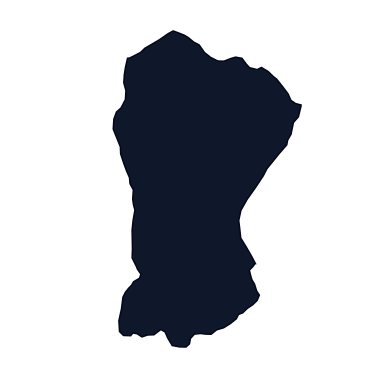 outline of Ånge, Västernorrland, Sweden, rotated 281°
{"feature_id": "70781695B50013402635272", "entity_name": "Ånge", "entity_type": "district", "adm_level": 2, "iso_a3": "SWE", "parent_name": "Sweden", "parent_adm1": "Västernorrland", "projection": "albers", "projection_center": [15.637, 62.483], "detail": "fine", "context": "isolated", "style": "filled", "palette": "ink", "viewbox_px": 384, "rotation_deg": 281, "n_neighbors": 0, "source": "geoboundaries", "source_scale": "gbopen_adm2", "svg_char_len": 1667}
<svg xmlns="http://www.w3.org/2000/svg" viewBox="0 0 384 384"><g transform="rotate(281 192 192)"><path d="M133.8,267.9L139.5,263.4L148.5,255.6L156.1,248.6L165.3,245.8L172.9,243.3L183.3,243.5L195.3,247.5L208.8,253.6L221.6,258.9L229.2,261.1L237.4,265.5L245.6,269.8L256.3,276.0L261.3,276.0L267.6,278.2L268.4,278.2L271.4,278.2L279.6,278.3L286.1,282.1L296.6,282.6L298.2,282.5L298.6,276.6L300.9,271.5L306.5,267.7L312.4,261.2L318.9,253.6L321.1,249.4L324.8,243.8L327.5,236.4L324.6,232.7L325.0,224.8L327.7,221.1L332.8,215.5L332.7,209.0L330.3,204.4L326.5,198.4L325.5,192.4L327.7,184.5L331.3,177.6L337.7,171.0L339.5,165.0L342.6,159.4L344.4,154.8L345.7,147.9L346.5,142.8L342.8,138.3L334.9,130.6L324.1,118.3L319.0,114.7L311.6,105.2L311.0,103.2L302.0,102.9L294.1,103.2L286.3,104.2L278.9,107.8L270.0,109.0L261.0,106.3L256.1,102.6L248.6,101.4L238.7,102.7L222.6,113.1L215.8,114.7L207.4,119.4L200.3,123.7L194.2,127.9L188.3,129.6L182.9,134.0L173.5,135.2L168.1,137.1L163.4,139.4L153.1,139.6L143.0,140.5L134.2,142.4L124.8,144.4L115.9,145.8L108.3,151.6L105.7,153.3L101.7,157.5L97.4,157.0L92.8,151.8L89.2,150.6L85.5,148.2L81.0,145.8L75.6,144.3L63.6,145.1L60.7,145.0L51.6,144.8L41.2,147.5L38.1,152.1L39.2,159.2L42.3,160.9L42.4,165.1L40.2,170.5L43.2,175.8L44.6,181.9L47.9,184.8L51.1,187.7L49.4,192.4L44.2,195.9L37.5,201.9L37.6,209.5L38.7,215.7L41.5,217.8L42.5,218.5L47.9,218.4L52.9,221.5L54.7,227.2L55.1,232.4L56.0,237.9L61.4,242.5L64.7,248.9L70.3,254.9L76.0,259.7L80.7,261.0L83.0,264.8L88.2,268.4L93.0,273.2L97.9,276.6L103.6,277.8L107.2,274.3L113.4,271.0L117.5,267.4L122.0,265.1L126.3,263.2L130.1,265.8L133.7,267.5L133.8,267.9Z" fill="#0f172a" stroke="#020617" stroke-width="1.5"/></g></svg>